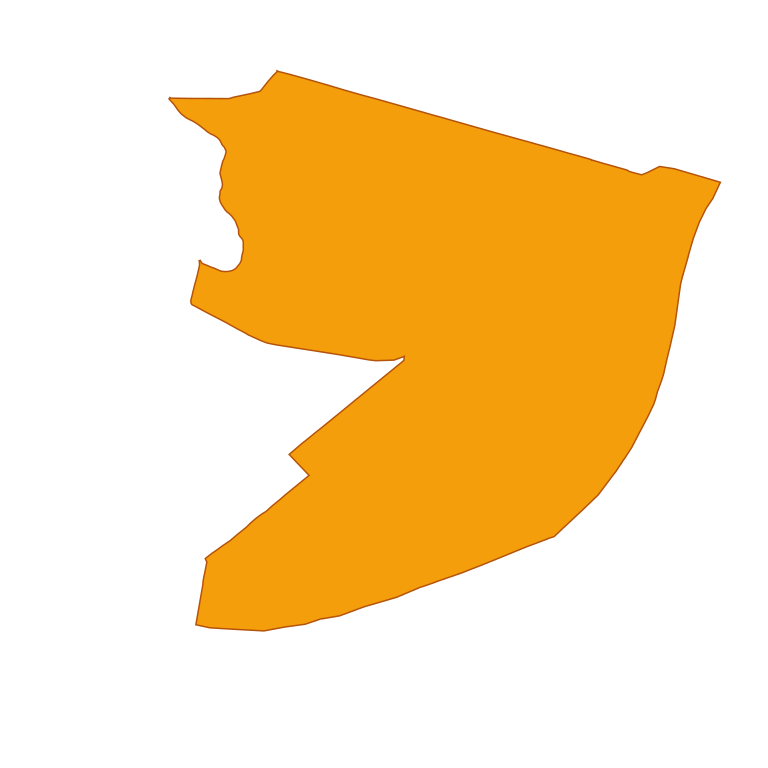 outline of I.C.Bratianu, Tulcea, Romania, rotated 194°
{"feature_id": "2599482B65427489105353", "entity_name": "I.C.Bratianu", "entity_type": "district", "adm_level": 2, "iso_a3": "ROU", "parent_name": "Romania", "parent_adm1": "Tulcea", "projection": "equal_earth", "projection_center": [28.083, 45.4], "detail": "fine", "context": "isolated", "style": "filled", "palette": "amber", "viewbox_px": 768, "rotation_deg": 194, "n_neighbors": 0, "source": "geoboundaries", "source_scale": "gbopen_adm2", "svg_char_len": 4047}
<svg xmlns="http://www.w3.org/2000/svg" viewBox="0 0 768 768"><g transform="rotate(194 384 384)"><path d="M106.4,661.1L149.8,662.9L154.2,663.1L167.6,661.9L169.3,661.7L172.8,658.7L179.7,652.8L184.6,649.3L192.7,649.4L196.0,649.5L197.1,649.5L199.3,650.2L200.2,650.4L219.3,651.0L224.2,651.1L235.2,651.6L236.6,651.2L236.7,651.8L238.5,651.9L242.5,652.1L251.7,652.4L261.3,652.6L263.8,652.7L269.1,652.9L278.8,653.2L288.4,653.5L294.4,653.6L305.4,654.0L305.8,653.9L307.8,654.0L322.8,654.4L327.5,654.5L338.5,654.8L342.4,654.9L348.3,655.1L351.2,655.2L357.6,655.4L378.4,656.1L381.9,656.2L389.4,656.5L390.4,656.5L392.6,656.6L401.8,656.8L447.3,658.3L459.6,658.7L475.4,659.0L487.7,659.4L496.3,659.7L506.4,660.2L524.4,660.9L547.8,661.6L559.2,661.7L561.5,661.6L563.6,662.1L563.5,660.7L566.0,656.9L569.8,649.4L574.5,639.0L575.0,638.3L575.6,637.7L584.1,633.3L599.5,625.8L601.2,624.7L603.0,623.7L604.7,623.1L622.0,618.9L641.5,614.1L657.8,610.3L660.0,609.8L661.0,610.2L661.6,608.6L655.6,604.6L649.8,599.6L647.1,597.7L645.2,596.6L640.2,594.4L634.7,593.1L633.7,593.0L628.2,591.3L620.8,588.1L615.7,585.7L615.3,585.6L612.0,584.5L610.3,584.4L605.9,583.0L604.4,582.3L601.9,580.5L600.0,578.2L599.1,577.1L598.5,576.6L596.1,575.0L594.3,572.7L593.4,571.3L593.4,566.9L593.7,563.8L594.3,561.2L594.4,556.9L594.3,551.4L594.2,549.0L594.0,548.5L590.2,541.4L589.0,538.6L588.7,535.0L589.0,533.5L589.5,532.7L589.6,530.8L589.1,528.6L589.0,526.2L588.8,524.7L587.8,522.6L586.6,520.6L584.6,518.5L579.8,514.1L578.8,513.7L578.5,513.2L577.0,512.5L575.4,511.9L573.4,510.7L571.7,509.6L570.0,508.1L567.9,506.4L566.9,505.1L562.7,499.0L562.2,498.2L562.1,496.9L561.4,494.7L560.7,493.6L559.2,492.1L557.8,491.2L557.1,490.6L556.3,489.9L555.7,489.2L555.0,488.0L554.6,486.5L553.7,482.7L552.9,480.0L552.9,475.3L552.8,472.5L552.4,470.0L552.5,468.4L553.1,465.9L554.5,462.9L555.7,460.4L557.2,458.7L559.2,457.1L561.8,455.8L562.4,455.5L565.2,454.7L567.6,454.3L569.4,454.1L571.3,454.3L576.1,455.2L580.4,455.6L584.4,456.3L589.0,456.9L590.1,457.4L591.1,458.3L592.1,459.5L592.6,459.3L593.2,458.9L592.3,456.7L591.8,455.0L591.6,451.4L591.5,443.3L591.7,433.3L591.7,426.8L591.6,422.8L591.7,419.9L591.5,417.7L590.7,415.7L590.1,415.0L589.4,414.5L574.7,410.8L564.8,408.4L553.3,405.7L542.2,402.7L537.6,401.5L530.2,399.7L527.6,398.8L513.4,396.2L507.6,395.5L501.7,395.7L496.8,396.0L472.3,398.2L436.6,401.4L417.9,402.8L404.9,403.7L397.7,404.6L380.1,409.6L377.4,411.4L371.0,415.7L370.4,411.7L433.4,327.3L438.7,320.4L443.9,313.4L449.2,306.5L459.0,292.7L434.6,277.2L452.8,252.8L457.9,245.5L458.4,244.9L462.7,239.1L464.8,236.1L466.8,232.9L468.1,231.3L470.8,228.6L473.3,225.6L475.9,222.4L478.7,218.5L480.4,215.9L481.7,213.7L483.4,211.1L487.3,205.9L489.1,203.6L495.4,194.8L501.7,187.8L506.6,181.9L509.9,178.2L515.2,171.4L514.9,170.9L512.8,168.4L512.3,158.4L512.1,152.2L511.7,147.7L511.3,146.4L510.6,136.7L508.3,104.9L504.5,105.0L494.6,105.3L493.6,105.4L484.8,107.0L467.2,110.3L440.7,115.4L421.7,124.1L410.7,128.5L402.5,131.8L401.8,132.2L388.3,140.9L387.0,141.5L386.7,141.3L386.5,141.5L371.0,148.3L354.3,159.7L349.1,163.2L320.2,180.1L313.2,185.3L312.1,186.2L310.6,187.3L301.0,194.5L299.7,195.5L297.7,196.7L297.1,197.0L296.0,197.8L295.5,198.0L295.0,198.4L288.1,202.9L283.8,205.9L262.0,220.1L258.9,222.4L244.9,232.3L226.5,245.7L206.9,260.1L190.3,271.6L190.1,271.7L189.0,272.4L188.0,273.1L187.8,273.5L182.0,277.1L180.3,279.8L177.4,284.3L177.1,284.7L177.1,284.8L176.7,285.4L175.3,287.7L174.4,288.9L165.0,303.5L160.7,310.1L150.1,327.0L149.4,328.1L139.3,352.0L138.6,353.6L138.4,353.8L138.3,354.1L138.1,354.6L137.8,355.3L137.7,355.6L136.2,359.9L135.5,361.8L134.4,364.9L133.1,368.7L132.8,369.2L130.0,377.3L128.4,382.0L125.7,393.0L124.5,398.2L123.3,403.1L122.1,408.0L120.0,416.7L117.4,429.4L116.9,434.7L116.8,442.7L115.5,454.6L115.1,461.3L115.5,476.8L115.5,482.7L115.5,488.6L116.0,511.5L117.1,521.7L120.4,552.7L120.4,560.1L119.7,579.9L119.7,584.0L119.6,586.8L119.2,597.5L119.1,600.5L119.0,601.0L118.1,609.1L117.2,617.1L114.0,632.1L111.9,637.9L109.8,643.7L106.9,658.7L106.4,661.1Z" fill="#f59e0b" stroke="#b45309" stroke-width="1.5"/></g></svg>